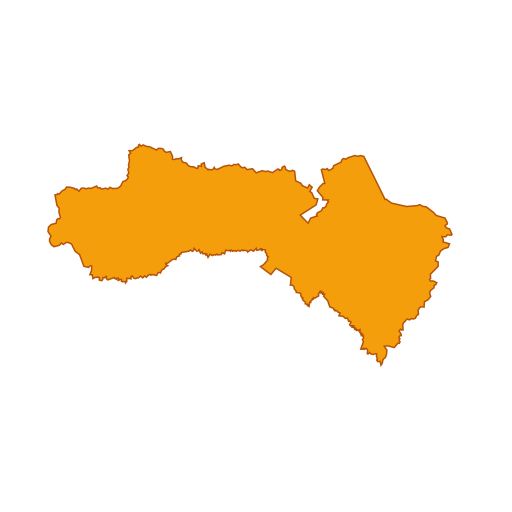 the district of Makonde, Mashonaland West, Zimbabwe, rotated 254°
{"feature_id": "62879985B9452203972303", "entity_name": "Makonde", "entity_type": "district", "adm_level": 2, "iso_a3": "ZWE", "parent_name": "Zimbabwe", "parent_adm1": "Mashonaland West", "projection": "mercator", "projection_center": [29.982, -17.062], "detail": "fine", "context": "isolated", "style": "filled", "palette": "amber", "viewbox_px": 512, "rotation_deg": 254, "n_neighbors": 0, "source": "geoboundaries", "source_scale": "gbopen_adm2", "svg_char_len": 6127}
<svg xmlns="http://www.w3.org/2000/svg" viewBox="0 0 512 512"><g transform="rotate(254 256 256)"><path d="M326.8,316.5L328.3,314.9L328.0,311.9L329.6,309.8L331.5,308.3L333.3,308.7L334.6,308.1L334.1,305.6L332.4,304.8L331.7,303.5L331.8,302.2L332.7,302.3L333.6,301.0L331.6,294.8L334.4,290.7L334.6,288.4L336.3,285.4L335.9,279.1L340.9,276.7L341.5,271.2L344.4,269.7L344.5,267.4L345.9,265.9L349.4,264.3L349.1,262.4L350.1,260.0L349.3,257.8L350.7,255.1L351.1,249.9L349.9,242.5L351.2,240.5L352.7,240.3L351.1,238.4L351.3,236.0L352.4,234.7L352.0,233.7L355.6,231.5L359.9,231.9L359.5,228.7L357.2,228.3L358.7,225.4L356.6,224.3L356.6,223.1L358.9,220.7L360.0,217.5L361.9,215.6L364.5,214.8L366.5,211.2L369.6,210.8L371.1,211.5L370.7,208.1L371.4,206.6L371.4,203.5L372.2,202.3L374.7,203.3L380.0,202.5L380.4,198.2L382.4,196.5L384.1,196.5L385.5,194.7L386.4,191.7L385.3,189.5L390.4,183.8L391.3,181.3L393.9,178.1L393.2,176.0L395.4,174.7L394.8,173.5L393.1,173.2L393.3,171.1L391.3,166.4L392.2,163.0L389.3,163.8L388.3,161.5L382.3,160.6L378.6,158.5L376.7,158.6L374.8,156.8L370.7,156.5L368.8,154.1L367.1,155.0L366.2,154.5L364.3,151.5L364.3,148.7L360.5,145.1L359.2,141.7L360.4,136.7L362.3,134.5L361.0,132.2L362.7,130.1L362.8,126.0L364.5,125.1L365.0,122.8L367.2,122.1L366.4,116.1L367.5,113.7L367.4,111.3L368.7,109.4L369.3,106.7L367.0,103.7L369.9,102.1L369.7,100.7L371.0,100.1L373.3,96.4L374.5,92.9L372.7,90.8L372.0,87.5L369.6,83.5L370.6,82.5L369.9,81.5L370.2,79.6L359.5,78.6L356.1,80.0L352.3,78.6L347.0,78.7L346.0,77.5L346.5,76.0L345.7,74.4L342.6,72.9L342.7,67.8L341.0,64.5L336.8,62.8L331.6,64.4L329.2,62.2L326.9,61.6L323.1,62.4L320.6,64.4L320.5,70.0L322.2,72.5L320.2,73.9L321.3,77.2L320.9,79.0L318.4,82.0L310.5,83.4L305.9,86.8L293.6,87.7L291.2,91.8L292.4,94.1L291.7,95.3L287.6,94.0L283.8,91.2L283.1,93.4L279.2,93.0L279.8,95.2L279.0,99.0L278.3,99.5L276.1,98.7L274.8,100.8L275.5,102.1L277.5,103.0L276.8,104.3L277.9,106.2L277.2,106.6L275.5,105.9L273.9,106.9L274.3,114.1L273.3,114.1L271.8,115.7L273.0,116.4L272.9,117.3L271.9,117.8L270.5,117.0L270.8,119.8L269.7,120.3L269.0,119.7L268.0,120.6L267.5,123.4L266.1,123.2L267.1,124.7L270.2,125.7L268.5,129.6L270.6,130.1L271.0,131.4L268.3,132.5L267.5,133.8L267.5,137.0L268.5,139.5L266.2,141.1L267.6,143.4L265.8,144.7L267.4,147.7L267.4,149.4L266.5,149.7L266.7,151.2L264.7,155.2L266.8,157.0L266.8,158.7L266.0,159.4L268.8,162.0L268.8,163.6L270.8,166.5L271.0,168.5L273.1,166.9L273.9,167.1L273.5,169.3L275.5,174.2L275.6,176.9L274.7,177.9L277.0,179.6L277.2,182.6L278.7,182.7L278.8,184.7L280.0,185.2L279.1,192.8L279.9,194.8L278.0,196.0L278.3,197.3L280.4,198.6L277.0,200.4L276.8,201.6L277.8,203.0L274.0,203.4L274.8,205.3L272.7,205.5L272.4,207.8L270.7,208.1L271.4,209.2L267.9,209.5L270.4,212.4L268.4,214.2L268.8,216.3L268.0,217.6L268.7,218.7L267.5,219.7L267.0,223.0L268.6,224.4L266.7,226.4L270.0,228.5L268.7,230.8L268.8,232.5L267.7,232.7L268.4,233.8L267.1,234.7L267.6,235.3L266.7,236.5L266.9,237.7L266.0,238.3L266.4,240.4L265.0,242.0L265.6,244.0L264.6,245.1L265.0,245.9L263.5,248.8L262.1,249.1L263.4,252.7L261.3,255.0L263.4,258.3L261.3,258.3L261.1,261.1L261.7,262.5L261.4,263.4L260.1,262.7L259.5,263.2L260.3,264.2L259.3,266.7L257.1,266.0L255.6,266.9L253.3,266.4L252.0,267.6L250.7,266.3L248.8,265.9L245.5,260.7L244.6,257.3L234.1,265.2L238.7,271.9L225.7,284.0L218.5,281.0L218.0,283.0L215.8,284.2L213.9,283.7L211.4,284.9L209.9,284.6L208.1,288.3L206.9,288.8L205.9,288.1L204.2,288.3L202.8,289.5L202.5,288.7L200.5,289.0L197.9,290.8L196.5,290.1L194.9,292.9L194.4,291.8L193.4,292.5L193.9,293.2L193.4,293.3L196.2,294.5L196.2,295.6L196.9,295.2L198.2,297.7L199.3,298.3L198.7,299.3L200.1,299.8L199.3,301.2L200.4,305.3L202.4,305.5L203.0,306.9L204.2,307.4L204.4,308.6L202.5,308.4L202.9,309.5L202.0,309.5L202.1,310.3L200.8,309.6L200.3,311.4L198.6,309.9L193.3,312.6L186.7,312.9L184.6,315.8L182.1,316.4L182.5,316.9L181.1,317.7L181.1,318.6L179.3,319.4L178.1,321.1L175.7,319.2L173.8,323.3L171.3,324.7L171.1,326.9L167.7,327.0L167.8,327.8L166.3,329.2L164.2,327.1L163.3,327.3L161.7,328.7L162.5,329.0L162.1,330.2L161.4,329.3L161.4,330.5L160.7,329.8L160.5,330.6L159.5,330.5L159.4,331.5L158.3,330.7L157.7,331.3L158.0,332.2L156.8,332.1L156.7,334.7L155.6,333.3L156.3,335.6L153.8,334.7L153.6,335.4L151.4,335.3L152.1,336.0L151.0,336.1L151.8,337.4L149.7,336.2L149.4,337.3L147.4,336.6L146.5,335.3L143.9,335.6L137.6,331.0L136.9,333.0L137.6,334.2L136.4,334.5L136.8,336.6L134.5,337.4L131.8,336.1L130.9,336.6L132.0,338.7L130.3,339.3L129.0,341.4L129.3,343.3L128.6,345.0L126.3,344.1L123.7,344.4L122.7,343.3L120.9,343.9L120.5,346.3L116.6,346.0L118.1,347.8L121.5,349.6L122.8,352.4L125.0,354.1L129.4,355.9L133.9,354.4L133.4,357.8L129.9,363.6L133.2,368.7L132.6,369.8L133.9,370.8L135.3,370.3L136.8,371.5L138.2,370.8L139.6,372.2L139.4,373.6L140.6,374.0L144.6,372.9L145.8,374.9L144.6,375.7L144.4,377.0L149.3,378.1L150.8,379.1L153.7,383.7L152.3,386.0L153.0,388.2L152.0,390.0L152.3,392.2L154.3,393.7L155.1,396.1L159.3,396.9L161.3,399.2L161.7,400.7L160.6,403.5L165.6,405.3L166.4,409.2L169.0,412.8L172.6,412.7L174.8,414.3L176.4,418.3L178.7,419.2L178.9,421.0L180.5,422.4L183.0,419.7L183.9,416.8L185.6,416.3L186.4,417.7L190.4,418.6L195.8,428.2L200.1,429.5L201.9,427.2L205.9,429.5L206.5,432.0L209.8,434.6L211.3,438.6L211.3,442.9L214.4,445.4L217.9,439.7L220.0,440.6L223.4,440.1L222.2,443.6L223.6,445.9L222.2,449.4L222.8,450.4L228.7,449.5L230.4,447.1L232.5,445.9L233.1,446.1L234.1,448.8L235.4,449.1L240.4,448.1L245.2,440.5L248.9,438.7L256.3,433.2L257.7,430.1L260.2,427.6L260.0,424.8L262.1,414.3L269.6,400.7L274.7,396.8L274.7,395.7L322.0,387.1L323.8,384.0L323.6,381.5L325.3,378.9L325.1,371.5L324.3,369.2L325.6,367.0L325.0,365.3L322.8,363.5L321.4,355.5L319.1,354.1L318.3,350.9L318.3,349.2L320.3,348.8L320.0,346.6L321.2,344.2L320.9,342.6L306.8,342.1L307.1,340.3L304.8,336.1L301.8,332.9L293.8,336.5L291.5,335.6L290.0,340.8L289.4,340.0L288.2,340.6L286.1,337.9L284.6,337.3L283.5,334.9L283.9,333.5L281.5,331.4L280.6,327.0L279.1,325.5L277.6,326.0L277.4,319.0L273.2,315.1L283.1,309.8L288.6,327.9L293.9,331.2L295.3,327.9L301.6,327.0L303.2,325.4L306.6,328.9L309.8,326.9L307.1,324.3L310.9,319.9L313.5,319.2L317.3,314.9L326.8,316.5Z" fill="#f59e0b" stroke="#b45309" stroke-width="1.5"/></g></svg>